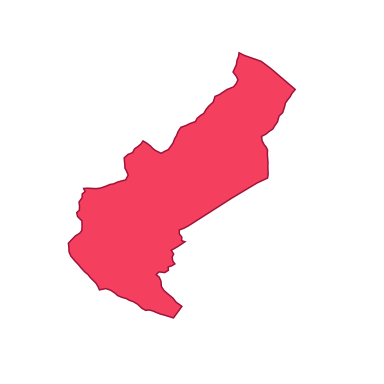 the district of Araçagi, Paraíba, Brazil, rotated 245°
{"feature_id": "56859067B93245396056078", "entity_name": "Araçagi", "entity_type": "district", "adm_level": 2, "iso_a3": "BRA", "parent_name": "Brazil", "parent_adm1": "Paraíba", "projection": "robinson", "projection_center": [-35.356, -6.871], "detail": "fine", "context": "isolated", "style": "filled", "palette": "rose", "viewbox_px": 384, "rotation_deg": 245, "n_neighbors": 0, "source": "geoboundaries", "source_scale": "gbopen_adm2", "svg_char_len": 2090}
<svg xmlns="http://www.w3.org/2000/svg" viewBox="0 0 384 384"><g transform="rotate(245 192 192)"><path d="M189.9,55.3L185.1,55.1L178.9,56.8L173.9,58.5L170.1,59.4L164.8,61.1L161.0,62.9L157.4,63.7L153.9,65.0L150.0,66.4L145.9,66.9L142.4,66.7L140.9,73.1L137.3,76.8L132.8,79.5L129.5,80.9L126.2,83.9L123.2,87.4L120.3,89.5L117.1,92.7L113.2,95.3L107.7,97.5L104.3,100.0L103.2,103.3L100.7,106.3L98.2,108.5L94.8,111.7L92.3,114.7L88.5,118.9L85.7,122.0L92.6,134.5L95.6,132.9L98.9,131.0L103.8,129.9L109.3,127.3L114.4,125.0L119.2,124.3L124.3,126.2L128.7,126.3L132.3,124.6L133.5,128.4L130.5,133.2L131.0,137.5L134.1,138.7L133.7,142.4L134.1,146.1L137.4,145.4L141.4,146.5L143.6,149.2L147.9,148.5L148.5,155.5L149.3,160.9L149.9,164.6L152.3,162.0L155.4,163.7L159.5,162.8L163.0,164.5L162.6,169.0L162.8,174.0L169.7,225.8L172.7,254.8L172.7,266.4L175.9,268.5L179.0,269.8L183.2,271.6L186.5,273.3L189.5,274.4L194.5,276.3L198.1,278.2L201.2,278.2L204.2,277.4L208.7,277.2L213.0,278.5L213.2,283.3L214.2,287.2L215.0,291.9L217.3,295.4L219.4,299.1L224.1,303.1L225.6,307.7L230.2,312.0L233.1,314.2L234.9,317.3L236.8,321.1L239.1,324.2L241.3,328.9L269.7,316.0L281.1,310.0L293.7,297.1L298.3,293.5L295.1,291.4L292.6,288.7L288.5,285.9L283.4,279.9L278.0,281.1L274.2,281.0L271.4,277.6L269.7,274.1L270.1,267.2L269.3,261.7L268.7,258.2L268.9,253.3L264.5,249.2L262.8,243.6L260.9,239.7L258.2,235.9L257.8,232.3L256.7,228.0L254.4,224.9L254.9,219.1L254.8,214.8L255.3,209.2L252.8,205.1L249.6,201.7L247.6,198.7L244.7,195.9L242.4,192.1L240.4,188.4L240.4,184.1L240.1,180.4L245.2,176.3L248.0,174.9L251.4,173.7L255.1,171.8L259.0,169.2L257.2,166.3L256.1,162.5L255.4,158.2L252.8,154.8L253.1,149.8L251.6,145.0L248.8,143.9L245.4,142.8L241.9,141.3L238.6,141.5L234.3,141.3L231.0,137.0L232.0,131.9L232.5,128.2L232.5,124.3L233.5,120.9L233.6,117.1L234.2,110.8L235.6,106.5L237.3,103.3L239.7,98.7L241.0,95.3L237.5,95.3L236.7,91.7L233.3,90.0L230.7,85.4L226.8,84.1L223.1,82.2L222.1,78.8L218.2,77.9L212.3,80.0L207.1,77.7L203.7,75.9L202.1,72.8L201.5,67.8L199.4,62.3L197.8,58.3L194.1,57.1L189.9,55.3Z" fill="#f43f5e" stroke="#9f1239" stroke-width="1.5"/></g></svg>